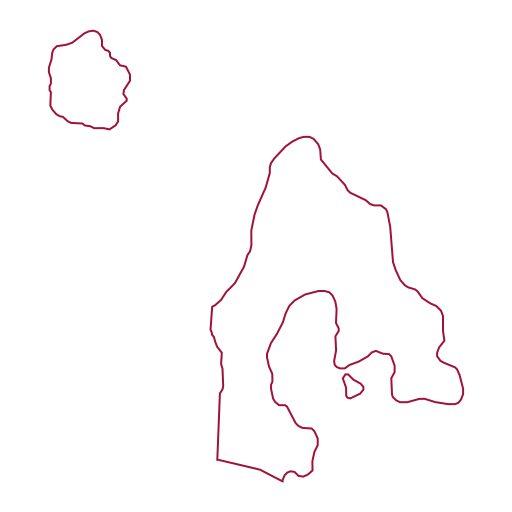 Rabaul District, East New Britain, Papua New Guinea
{"feature_id": "67681753B57084390213157", "entity_name": "Rabaul District", "entity_type": "district", "adm_level": 2, "iso_a3": "PNG", "parent_name": "Papua New Guinea", "parent_adm1": "East New Britain", "projection": "albers", "projection_center": [152.151, -4.184], "detail": "fine", "context": "isolated", "style": "outline", "palette": "rose", "viewbox_px": 512, "rotation_deg": 0, "n_neighbors": 0, "source": "geoboundaries", "source_scale": "gbopen_adm2", "svg_char_len": 2876}
<svg xmlns="http://www.w3.org/2000/svg" viewBox="0 0 512 512"><path d="M282.6,481.3L282.6,480.0L284.6,475.3L287.2,472.6L290.5,471.3L294.5,471.9L298.5,475.9L303.2,476.6L307.8,474.6L312.5,470.5L312.4,461.2L314.4,451.9L317.7,445.2L317.7,438.5L314.4,431.2L311.7,428.5L302.4,427.9L298.4,425.9L295.7,423.2L287.0,406.6L285.1,405.2L279.1,405.2L275.1,401.9L273.1,398.6L271.0,388.6L271.1,384.6L272.4,381.9L272.3,373.9L268.9,366.2L267.0,357.2L267.0,353.9L270.9,343.2L276.9,333.9L282.8,322.5L285.5,313.8L285.6,313.5L286.7,311.2L289.4,305.8L289.7,305.5L294.7,300.4L305.3,294.4L318.6,291.0L324.6,291.0L329.3,292.3L332.6,295.6L335.3,301.6L336.6,309.0L336.0,323.0L338.7,328.3L338.7,331.0L335.4,336.3L336.1,350.4L334.1,361.1L334.4,362.8L334.8,365.1L336.8,367.1L340.1,368.4L344.8,368.4L349.4,365.0L358.7,361.6L368.0,356.3L369.1,355.1L372.0,352.3L375.9,350.9L376.9,351.3L382.6,353.6L389.2,354.2L391.2,356.2L394.6,365.6L394.6,372.2L391.3,378.2L392.0,394.3L392.7,396.9L396.0,400.2L400.0,402.2L407.3,402.2L419.3,398.9L424.6,398.8L435.2,402.1L447.9,404.1L455.2,404.1L458.5,402.7L461.1,399.4L463.1,394.1L463.1,388.7L459.7,375.4L457.1,369.4L455.1,367.4L443.8,362.7L440.4,360.8L437.1,356.1L437.1,352.8L439.1,347.4L444.4,340.7L443.0,330.7L443.0,316.0L441.0,310.7L436.3,306.0L430.3,303.4L422.3,298.1L417.6,291.4L415.0,289.4L408.3,287.4L405.0,285.4L400.3,280.1L395.7,270.1L393.0,262.1L390.2,226.8L387.5,212.7L386.2,209.4L380.9,205.4L374.2,205.4L370.2,204.1L365.6,200.1L362.6,198.7L350.3,192.8L347.6,190.2L344.9,184.8L336.9,176.2L332.3,173.5L320.9,159.5L320.2,149.5L318.2,144.2L317.7,143.6L313.6,138.9L309.6,136.9L303.6,136.9L298.9,138.2L292.3,141.6L285.7,146.3L274.4,158.3L271.1,163.0L269.8,167.0L269.8,173.0L265.7,187.5L263.8,191.8L257.9,205.1L254.6,214.4L251.3,230.5L251.4,245.2L250.1,251.2L247.4,255.2L244.1,266.5L234.9,283.2L226.3,291.9L221.0,300.0L215.0,305.3L212.2,306.7L211.7,313.6L211.5,315.8L210.8,326.0L210.5,329.4L210.8,330.3L211.7,332.3L212.2,335.0L213.8,336.7L215.3,342.0L217.1,346.7L221.8,352.7L221.1,364.0L222.5,368.7L223.2,386.0L222.5,389.4L219.9,393.4L217.3,459.8L218.2,459.8L260.1,469.7L282.2,481.2L282.6,481.3ZM115.5,125.4L118.1,121.4L118.1,113.4L120.1,106.7L126.7,100.7L126.7,98.7L123.4,94.0L124.0,90.0L130.0,80.7L130.0,74.7L126.0,66.7L120.0,65.3L116.0,60.0L111.3,58.0L110.0,56.0L110.0,52.7L108.0,50.7L105.3,50.0L102.0,46.0L102.0,40.0L100.0,34.7L97.3,32.0L93.3,30.7L88.7,31.4L84.6,33.2L72.1,42.8L66.1,44.8L56.8,46.2L53.5,49.5L52.2,52.9L51.5,59.5L48.9,67.6L48.9,72.2L50.9,78.2L50.9,83.6L49.6,86.2L49.6,90.2L50.9,92.2L50.3,105.6L52.3,109.6L56.3,114.2L59.6,116.2L63.0,116.9L67.6,121.2L71.0,122.9L82.3,123.5L84.9,125.5L90.2,126.2L94.2,128.2L103.5,128.1L109.5,129.4L115.5,125.4ZM360.1,393.7L363.4,389.7L363.4,387.0L360.7,383.7L353.4,379.7L348.1,374.4L345.4,374.4L342.8,378.4L346.1,387.7L346.2,395.7L347.5,397.7L350.2,398.4L360.1,393.7Z" fill="none" stroke="#9f1239" stroke-width="2"/></svg>